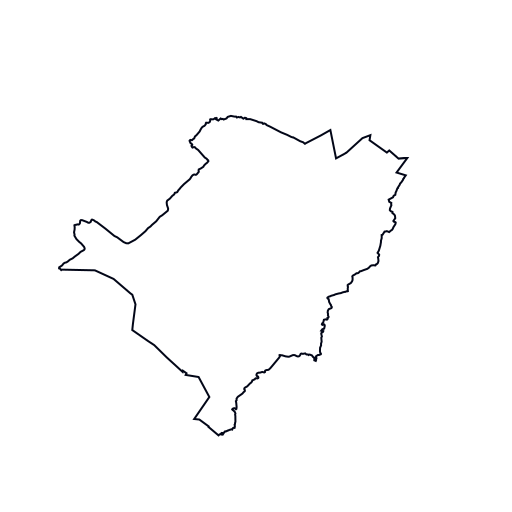 outline of Zaka, Masvingo, Zimbabwe, rotated 62°
{"feature_id": "62879985B3510020236883", "entity_name": "Zaka", "entity_type": "district", "adm_level": 2, "iso_a3": "ZWE", "parent_name": "Zimbabwe", "parent_adm1": "Masvingo", "projection": "robinson", "projection_center": [31.468, -20.378], "detail": "fine", "context": "isolated", "style": "outline", "palette": "ink", "viewbox_px": 512, "rotation_deg": 62, "n_neighbors": 0, "source": "geoboundaries", "source_scale": "gbopen_adm2", "svg_char_len": 6120}
<svg xmlns="http://www.w3.org/2000/svg" viewBox="0 0 512 512"><g transform="rotate(62 256 256)"><path d="M240.5,76.4L239.0,79.2L238.0,81.6L238.3,81.4L237.0,84.4L225.4,88.8L226.1,91.9L207.1,101.4L203.0,98.3L201.9,106.7L207.3,127.9L207.1,128.3L207.3,129.2L207.4,139.5L179.7,131.2L180.0,142.2L179.8,159.3L179.9,160.1L177.7,161.0L175.4,163.1L168.8,167.4L168.8,167.6L167.4,169.0L163.7,171.6L158.5,175.9L148.6,182.7L145.3,185.2L144.1,185.4L142.7,186.6L142.7,187.7L142.5,187.9L141.2,188.0L139.1,190.9L137.2,192.2L132.4,196.9L130.6,200.3L129.7,199.9L128.7,200.9L128.8,202.7L126.1,204.0L126.1,205.1L125.0,206.2L124.7,207.9L123.6,208.1L122.7,209.7L120.5,212.4L119.9,215.7L120.7,217.5L120.3,220.5L119.4,220.9L119.0,222.1L118.0,222.6L118.7,225.7L116.7,227.0L115.9,226.0L115.4,226.3L115.4,226.8L115.0,227.5L115.3,228.7L115.2,229.8L113.9,231.8L113.9,232.3L114.3,232.3L115.7,233.6L116.0,234.1L116.1,235.5L114.9,237.4L115.2,238.0L116.0,238.4L116.7,239.8L116.9,240.7L116.8,241.7L117.1,243.4L118.3,245.5L119.6,247.3L121.4,251.9L121.8,253.8L123.2,255.4L123.2,256.4L123.7,258.1L123.6,258.4L122.8,259.2L122.7,259.7L123.0,260.5L123.7,260.7L125.8,260.8L126.5,260.2L127.8,260.0L128.0,260.1L128.5,261.3L130.1,261.3L130.5,261.1L130.6,259.9L131.1,259.0L132.9,258.5L135.2,257.3L145.0,255.0L146.6,254.1L147.3,253.8L148.1,253.8L149.0,253.3L149.9,253.5L150.7,255.3L151.0,257.2L151.7,259.4L152.5,260.6L152.8,263.7L152.7,265.9L153.4,266.5L154.8,267.0L156.0,269.9L156.1,271.0L155.0,272.3L154.9,273.2L155.0,274.3L155.7,275.9L156.8,277.7L157.2,278.7L158.7,285.7L160.2,290.5L160.6,291.2L161.5,293.7L162.6,295.5L162.6,296.2L162.1,298.0L163.2,299.3L163.6,301.7L164.9,305.1L165.4,308.3L166.0,309.1L166.9,309.8L169.2,310.7L172.8,311.3L173.8,311.9L174.6,312.7L176.0,319.7L176.2,322.6L178.5,327.8L179.7,333.3L180.4,335.3L180.7,338.2L182.2,342.0L183.5,347.7L184.9,355.0L184.9,362.8L183.8,364.6L181.5,366.4L174.3,369.8L171.9,371.6L161.2,376.1L151.2,380.7L150.2,381.6L148.5,382.3L146.9,383.6L146.8,383.8L147.0,384.5L148.3,386.0L148.4,387.4L148.3,387.9L147.5,388.8L146.6,389.3L142.7,392.7L142.1,393.7L142.3,394.6L144.5,396.2L145.0,397.3L144.9,398.0L144.2,398.9L144.0,400.2L143.6,401.1L143.6,401.9L145.5,402.6L147.4,403.7L149.6,405.5L152.0,406.2L152.8,406.8L156.8,406.6L160.5,405.5L162.8,404.5L167.2,403.5L168.8,403.7L169.6,404.3L169.9,404.9L170.0,405.8L170.0,409.0L170.8,411.7L171.4,416.2L172.0,419.0L171.9,422.2L172.5,424.8L172.6,426.4L172.2,428.0L172.3,429.4L173.3,431.7L173.6,435.1L174.4,435.6L174.6,435.2L177.0,434.6L176.9,433.8L193.0,405.0L209.4,392.5L230.1,384.4L232.1,383.4L242.1,385.1L258.4,396.7L263.3,400.0L280.5,391.2L286.9,387.7L303.4,382.5L323.9,375.2L323.0,374.4L326.9,372.4L328.0,373.9L335.9,363.5L358.6,363.4L370.9,387.1L373.8,382.8L384.2,377.8L384.6,378.2L396.8,373.3L396.4,371.9L396.6,370.9L396.1,369.4L396.4,368.9L397.0,369.1L397.2,370.0L397.5,370.2L398.1,369.3L396.3,366.0L396.8,365.1L396.6,364.7L396.9,363.8L396.8,362.9L397.1,362.2L397.0,361.2L397.3,360.4L397.4,359.2L398.1,358.5L397.5,357.8L397.1,357.0L397.1,356.5L397.6,355.9L397.7,355.6L396.3,354.5L394.9,354.1L394.6,353.5L393.5,352.8L392.7,352.0L387.5,349.3L386.2,348.9L385.4,348.1L383.9,347.9L382.5,348.2L380.6,349.0L380.2,349.0L379.9,348.0L380.1,346.7L380.7,346.1L381.9,345.7L381.8,345.1L380.2,344.0L376.4,342.4L374.7,341.9L374.3,340.9L372.8,340.1L371.8,338.2L371.1,332.6L370.4,330.9L370.1,329.4L369.2,328.8L368.1,328.9L367.6,328.6L367.2,328.1L367.0,327.0L367.0,325.0L365.7,321.1L365.5,319.7L364.9,318.4L364.1,317.7L364.3,315.0L363.9,314.3L363.9,313.4L364.8,312.2L364.8,311.3L364.3,310.9L363.5,310.8L362.8,311.1L362.5,311.5L361.7,311.6L361.0,311.3L360.2,310.4L360.1,309.6L360.2,308.6L360.9,307.1L361.3,304.9L362.7,303.4L362.7,302.6L361.8,302.1L361.5,301.5L361.6,300.4L362.3,298.6L362.3,297.9L361.7,295.8L356.6,283.3L355.7,281.9L354.6,281.8L354.6,281.4L355.5,280.4L355.8,279.7L358.5,277.0L360.1,274.8L360.5,273.8L360.8,270.0L361.3,268.9L362.1,268.0L363.4,267.2L364.3,266.3L364.7,265.4L364.7,264.6L364.1,263.4L363.4,262.5L363.4,262.0L363.5,261.6L364.4,260.6L365.1,258.3L366.6,257.7L367.3,256.4L368.1,256.1L368.0,255.6L368.2,254.9L370.0,253.3L372.0,253.0L372.6,252.6L373.9,252.6L375.5,253.5L376.7,252.5L376.1,251.8L375.6,251.7L374.8,250.7L374.2,250.5L373.4,250.7L372.7,250.0L372.5,247.8L373.0,246.8L373.2,244.9L372.6,244.5L371.7,244.7L370.2,244.3L367.1,242.5L365.5,240.5L364.0,239.8L362.5,238.3L358.8,236.7L358.0,235.6L355.2,234.9L354.6,234.2L354.5,232.6L353.9,231.8L353.2,232.2L352.9,233.2L352.6,233.5L351.8,231.8L352.1,230.3L352.1,229.9L350.0,228.1L349.1,227.8L348.5,227.9L348.1,229.6L347.9,229.8L347.2,229.9L346.6,229.2L346.3,227.9L344.2,226.0L344.6,224.3L345.5,223.3L345.4,222.6L345.0,222.2L344.3,222.1L344.3,221.2L343.9,220.5L342.0,220.3L341.1,219.6L339.6,219.3L338.0,218.2L337.1,216.7L337.4,213.9L337.0,213.3L336.6,213.0L335.0,213.1L334.1,212.8L333.5,213.0L331.0,213.0L328.2,212.1L327.4,212.6L326.5,212.7L326.2,212.2L326.1,210.7L326.4,209.4L326.4,208.3L327.1,205.2L327.1,204.0L327.9,200.6L328.6,198.5L328.8,196.5L329.4,194.2L329.6,194.0L329.7,192.5L330.1,191.9L330.2,191.4L327.8,190.3L326.5,189.3L325.7,189.2L324.7,188.7L324.5,188.0L324.4,185.0L323.5,183.1L322.5,182.0L320.5,180.9L319.3,180.6L318.8,179.9L318.7,176.9L318.4,175.4L318.9,174.4L319.0,173.7L318.8,172.7L318.3,171.4L318.7,170.4L319.0,167.6L319.6,163.7L319.3,161.7L318.7,160.2L318.5,158.6L319.3,156.6L320.4,155.1L320.4,154.9L319.8,154.3L319.8,152.7L319.3,151.6L317.9,150.2L315.7,149.3L314.3,148.9L313.6,147.3L312.6,146.6L310.3,147.2L308.9,145.0L305.3,141.4L302.2,139.0L301.3,138.6L299.2,136.6L296.5,135.2L296.7,134.7L296.6,134.2L294.8,131.0L295.3,130.0L295.3,129.2L295.9,128.4L297.4,127.2L296.9,125.2L296.8,123.7L296.4,122.8L295.0,121.0L293.4,118.1L292.2,117.0L291.6,117.0L290.4,118.2L289.6,118.3L288.0,115.3L285.7,114.4L284.6,114.4L283.1,114.9L282.3,115.4L281.1,114.8L279.7,116.0L278.3,116.3L277.0,115.4L274.7,112.6L273.6,112.3L272.6,111.6L270.7,112.9L268.5,112.4L268.5,107.5L267.4,106.1L267.4,104.3L265.5,102.9L264.5,101.5L262.7,99.5L262.6,98.7L262.2,98.6L260.5,95.6L259.7,94.8L259.2,93.2L257.8,90.5L257.1,89.9L256.9,89.0L256.5,88.7L255.1,85.9L248.3,92.7L240.5,76.4Z" fill="none" stroke="#020617" stroke-width="2"/></g></svg>